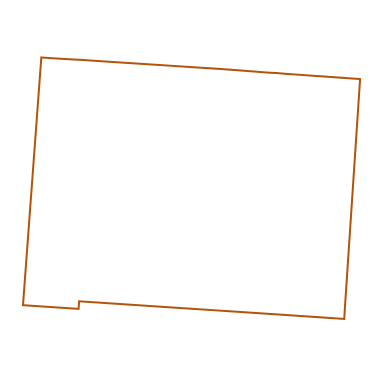 Hamilton, Kansas, United States of America, rotated 94°
{"feature_id": "52423323B73588263227538", "entity_name": "Hamilton", "entity_type": "district", "adm_level": 2, "iso_a3": "USA", "parent_name": "United States of America", "parent_adm1": "Kansas", "projection": "orthographic", "projection_center": [-101.918, 38.0], "detail": "fine", "context": "isolated", "style": "outline", "palette": "amber", "viewbox_px": 384, "rotation_deg": 94, "n_neighbors": 0, "source": "geoboundaries", "source_scale": "gbopen_adm2", "svg_char_len": 386}
<svg xmlns="http://www.w3.org/2000/svg" viewBox="0 0 384 384"><g transform="rotate(94 192 192)"><path d="M68.3,351.7L316.7,352.7L316.5,297.0L308.9,297.0L308.0,31.3L296.0,31.4L67.6,32.2L67.6,39.7L67.6,105.7L67.4,115.9L67.6,123.3L67.3,164.4L67.6,236.0L67.6,237.2L67.8,272.7L67.9,299.4L67.9,312.0L68.1,321.0L68.3,338.5L68.3,351.7Z" fill="none" stroke="#b45309" stroke-width="2"/></g></svg>